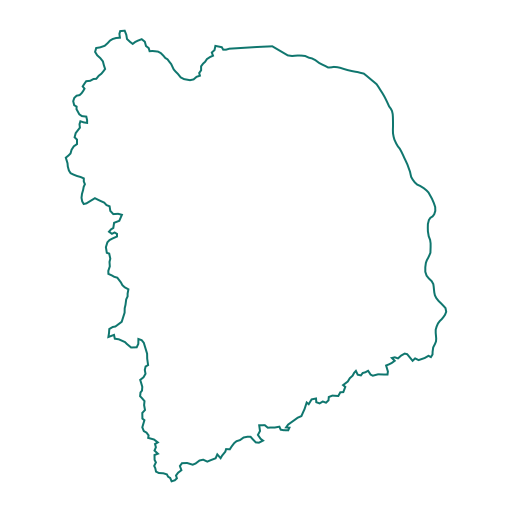 the district of Palmeirópolis, Tocantins, Brazil
{"feature_id": "56859067B97486789704660", "entity_name": "Palmeirópolis", "entity_type": "district", "adm_level": 2, "iso_a3": "BRA", "parent_name": "Brazil", "parent_adm1": "Tocantins", "projection": "albers", "projection_center": [-48.365, -13.041], "detail": "fine", "context": "isolated", "style": "outline", "palette": "teal", "viewbox_px": 512, "rotation_deg": 0, "n_neighbors": 0, "source": "geoboundaries", "source_scale": "gbopen_adm2", "svg_char_len": 5305}
<svg xmlns="http://www.w3.org/2000/svg" viewBox="0 0 512 512"><path d="M108.4,337.0L114.0,334.9L114.8,338.7L118.8,339.3L125.0,342.1L126.9,344.0L131.1,347.5L136.7,347.3L138.3,343.9L138.4,339.0L141.7,340.2L143.8,342.8L147.1,353.7L147.2,358.7L148.1,365.1L145.6,366.5L144.8,369.9L145.5,373.8L143.5,377.3L140.2,379.9L141.2,383.1L142.3,386.9L142.0,390.6L140.5,392.5L140.1,396.2L142.1,398.3L144.5,401.1L144.1,405.1L145.0,410.0L142.3,412.9L142.4,418.6L144.4,420.2L142.3,427.3L143.8,431.1L146.5,432.6L148.6,435.4L148.2,437.9L154.0,439.5L157.8,442.4L155.0,444.0L155.9,447.2L154.5,450.6L157.9,453.7L154.5,455.0L154.6,459.9L155.9,462.4L154.2,465.9L155.3,468.3L156.0,471.6L158.8,473.0L163.4,473.3L166.9,474.4L168.1,476.7L170.2,478.0L171.6,481.3L174.8,480.3L176.9,478.3L176.0,475.5L178.1,472.7L181.4,470.2L179.9,466.0L182.0,463.2L187.1,463.0L192.7,464.7L195.6,463.5L199.5,460.5L203.2,459.7L207.3,461.6L210.9,460.1L215.6,458.3L217.3,454.4L220.6,458.2L222.1,455.6L225.3,451.7L226.1,449.1L229.8,449.3L231.6,446.5L234.2,443.1L236.5,441.2L240.0,440.1L243.6,437.5L247.7,436.7L250.6,436.8L252.7,439.2L255.8,442.4L258.9,442.7L263.0,440.6L260.6,438.8L257.9,434.9L260.0,431.0L259.2,425.3L264.8,425.2L267.8,427.7L271.0,427.5L274.9,427.5L279.4,426.7L280.7,429.7L283.6,430.2L288.2,430.3L289.4,427.7L286.1,427.4L288.1,424.6L291.3,422.3L294.4,420.1L297.7,417.7L301.4,416.1L302.8,412.9L304.5,409.2L306.7,402.5L308.7,404.2L311.6,399.4L316.0,398.5L316.3,402.2L319.6,403.4L322.8,401.5L326.0,402.7L328.5,400.3L328.8,397.0L332.4,395.6L338.3,396.0L340.3,392.3L343.3,392.1L345.3,386.9L343.1,385.1L347.8,381.5L349.8,378.2L352.6,375.7L354.1,372.9L355.9,370.9L357.7,374.7L360.9,375.4L362.7,373.0L365.3,372.3L368.1,370.8L370.6,374.6L372.8,375.7L378.1,374.3L383.2,374.5L387.5,374.5L387.9,371.5L386.1,365.5L388.9,364.4L391.7,363.0L394.7,360.8L391.9,358.0L394.8,357.3L398.0,358.4L401.1,355.6L404.7,353.6L407.2,354.2L412.6,360.8L415.1,358.4L418.6,360.1L424.7,358.0L428.5,355.8L430.9,357.1L432.5,354.5L432.6,351.7L433.2,347.4L435.0,343.9L436.0,341.4L436.2,338.7L436.0,336.1L435.7,332.9L435.7,329.7L436.6,326.6L438.0,323.4L439.9,320.9L441.7,319.2L443.4,317.1L445.0,314.8L446.2,311.8L445.5,308.1L443.6,306.0L441.1,303.4L438.6,301.0L436.3,298.1L434.9,295.3L434.3,292.5L434.0,289.8L433.7,286.8L433.3,284.1L431.7,281.2L428.8,278.4L426.6,275.7L425.3,271.8L425.3,267.2L425.9,262.8L426.9,260.1L428.2,257.8L429.4,255.2L430.4,252.8L430.5,250.2L430.6,247.0L430.6,243.4L430.1,239.9L428.7,236.2L427.9,231.3L427.8,227.8L427.9,224.0L428.9,220.0L430.4,217.8L432.6,216.4L434.2,214.3L435.3,210.9L435.2,207.1L433.9,203.2L432.0,198.8L429.9,195.0L428.5,192.5L426.6,190.5L423.8,188.2L420.1,185.9L417.2,184.6L414.8,182.4L412.7,179.6L411.2,177.0L410.6,174.5L410.0,171.7L408.9,168.7L407.4,164.5L405.5,160.4L404.2,157.7L403.0,155.0L401.3,151.5L399.7,148.6L397.9,146.4L396.2,143.5L394.4,139.6L393.6,136.7L393.0,133.4L392.9,129.9L393.0,126.4L393.0,122.0L392.9,117.1L392.7,114.1L392.0,111.0L390.8,108.7L389.1,106.4L387.2,102.2L385.5,98.7L384.3,96.4L382.5,93.3L380.3,89.9L378.5,87.0L376.6,84.2L374.0,82.0L371.8,80.2L369.3,78.1L366.8,76.0L363.8,73.6L360.3,72.8L357.8,72.1L355.2,71.7L352.1,71.1L347.7,70.1L343.6,68.9L340.2,67.8L337.3,67.2L333.8,66.9L331.0,67.4L328.1,67.5L325.3,66.0L322.5,64.7L319.2,63.0L315.3,60.1L311.9,58.4L308.9,57.7L305.2,56.0L301.5,55.6L298.0,55.5L295.3,55.7L292.1,56.0L287.8,55.4L272.3,46.3L263.3,46.7L256.9,47.0L229.4,48.7L225.9,49.7L223.2,49.7L221.8,47.2L218.9,46.6L215.4,45.9L214.5,50.1L211.8,52.5L213.0,55.7L210.1,57.0L206.9,59.1L205.1,61.8L203.1,63.6L201.1,66.3L201.1,70.3L199.2,73.0L199.9,75.7L196.6,76.8L193.6,79.4L190.0,80.2L184.0,79.1L180.7,77.4L177.9,73.9L175.4,71.4L173.7,69.4L172.6,67.1L171.2,64.1L169.2,61.6L167.5,59.3L165.3,58.0L163.4,55.7L160.8,53.1L158.0,51.6L155.4,51.3L152.4,51.0L149.6,51.2L148.7,48.1L146.0,46.0L144.8,41.7L141.7,39.2L138.0,40.6L135.3,41.9L132.7,43.9L130.2,42.0L127.0,39.0L126.3,34.8L124.7,30.7L120.2,31.1L119.4,33.8L119.9,37.7L116.1,38.0L112.7,39.0L110.0,40.6L107.6,43.2L104.7,45.8L100.0,47.4L96.2,48.0L95.1,51.9L97.2,55.3L100.3,58.1L102.9,61.4L103.9,65.3L105.1,69.0L103.3,71.4L101.4,73.7L98.7,75.8L96.3,78.8L93.5,79.0L90.2,80.8L86.2,81.2L84.3,83.9L82.7,86.4L84.5,88.7L83.1,91.1L81.6,93.2L79.6,95.1L76.6,95.7L74.3,97.9L73.2,101.2L74.2,105.2L76.6,106.6L76.5,109.2L78.0,111.9L79.3,114.3L81.9,116.1L86.3,116.6L87.1,120.2L87.1,122.9L83.8,122.4L80.4,121.3L79.5,124.2L79.9,127.7L77.7,130.5L75.7,133.1L74.6,137.3L77.0,139.6L77.0,144.1L73.8,146.3L71.6,149.7L70.5,153.5L68.5,155.5L65.8,157.7L67.5,163.2L67.8,166.5L68.9,170.5L70.6,173.2L73.5,174.6L77.0,176.0L80.6,177.0L83.8,178.4L83.8,181.5L84.9,184.2L83.7,186.8L83.1,190.0L82.0,193.8L81.5,197.8L82.2,201.4L83.7,204.0L86.4,203.4L94.9,198.2L98.3,199.9L100.6,201.0L104.2,202.6L106.5,205.1L109.6,206.3L110.3,210.9L113.3,214.1L118.1,213.8L121.9,214.8L119.3,220.8L114.1,222.8L113.3,228.0L111.0,229.4L109.0,231.7L111.9,233.8L114.6,232.5L117.0,233.9L117.0,236.5L112.5,238.5L109.5,240.1L107.4,242.3L105.9,247.2L106.8,252.8L109.2,253.6L110.3,258.7L109.5,261.9L109.8,266.4L108.3,270.9L108.4,273.9L111.8,275.4L114.2,276.8L117.3,277.7L119.3,280.3L120.9,282.4L122.4,285.2L124.7,287.3L128.4,289.3L127.6,293.6L127.6,296.4L126.2,299.4L125.5,304.8L124.7,308.2L124.6,312.7L121.7,321.8L115.4,326.5L112.7,327.0L109.3,329.0L109.0,333.2L108.4,337.0Z" fill="none" stroke="#0f766e" stroke-width="2"/></svg>